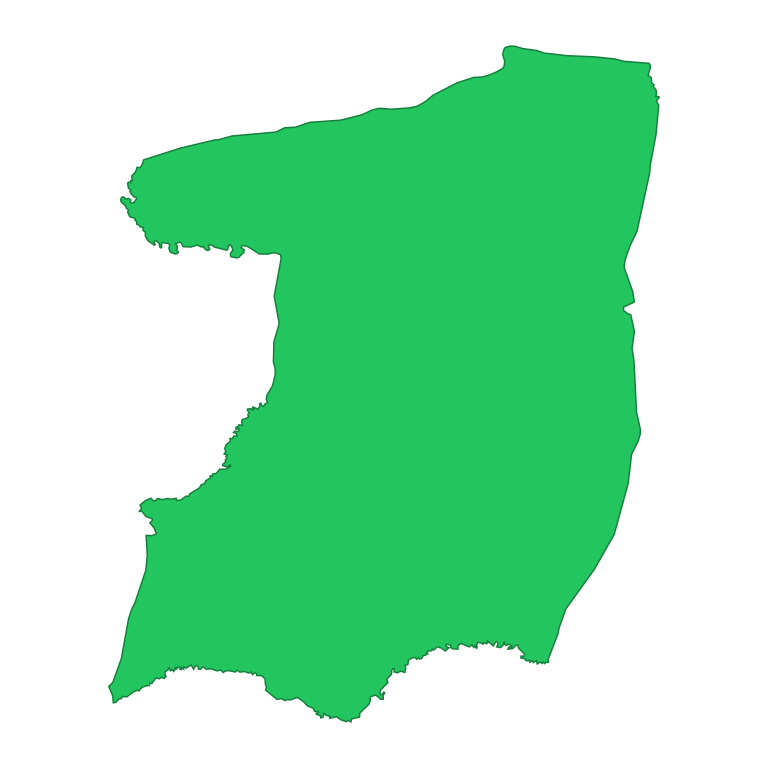 the district of Kaset Wisai, Roi Et, Thailand
{"feature_id": "78962969B16569105271651", "entity_name": "Kaset Wisai", "entity_type": "district", "adm_level": 2, "iso_a3": "THA", "parent_name": "Thailand", "parent_adm1": "Roi Et", "projection": "orthographic", "projection_center": [103.508, 15.604], "detail": "fine", "context": "isolated", "style": "filled", "palette": "green", "viewbox_px": 768, "rotation_deg": 0, "n_neighbors": 0, "source": "geoboundaries", "source_scale": "gbopen_adm2", "svg_char_len": 6098}
<svg xmlns="http://www.w3.org/2000/svg" viewBox="0 0 768 768"><path d="M143.8,159.8L141.4,166.1L139.9,167.6L137.0,167.4L135.5,172.0L131.7,176.0L132.4,180.5L130.7,180.6L130.6,182.7L129.0,182.1L127.6,183.1L128.4,187.9L130.7,190.3L129.9,191.9L133.7,196.8L135.9,197.3L136.6,198.5L134.3,202.2L131.9,203.2L130.2,202.3L130.9,199.9L128.3,198.4L126.0,199.2L123.4,196.8L121.5,197.4L120.5,200.0L121.4,202.2L125.3,205.5L126.1,207.8L128.6,210.2L127.6,212.0L129.8,216.8L135.2,218.3L135.0,220.3L136.7,221.4L136.7,224.2L138.7,224.9L140.1,226.8L143.0,227.3L143.1,230.5L145.4,232.2L145.3,235.9L147.9,240.7L154.4,245.2L155.1,244.3L153.9,241.6L155.6,240.5L159.2,243.3L159.8,247.1L160.9,247.9L161.8,246.9L161.3,244.4L162.4,242.5L168.3,243.5L169.7,244.7L168.9,248.2L169.9,251.3L171.3,252.7L175.2,253.9L177.6,253.5L178.4,251.9L176.3,250.2L177.3,248.6L177.2,245.8L175.6,243.6L179.9,242.1L181.2,242.6L183.0,246.7L190.9,247.0L197.3,245.1L201.1,246.9L203.2,246.8L205.9,249.9L208.2,250.5L209.7,249.3L208.5,246.0L209.4,244.8L211.9,245.1L214.3,247.0L226.2,250.1L227.6,249.8L228.5,245.4L230.0,244.8L231.9,246.8L232.9,250.0L230.6,253.3L230.4,255.8L231.2,256.8L236.9,257.9L238.7,257.4L243.9,252.3L244.1,249.7L241.2,247.7L241.4,246.3L242.7,245.5L247.5,246.5L259.5,254.0L267.8,254.1L274.4,252.6L280.6,254.7L281.1,258.8L274.2,296.2L279.2,323.6L273.9,341.8L273.4,362.0L275.2,368.9L275.2,374.5L272.6,385.6L266.7,395.7L266.3,399.2L267.5,402.9L265.0,403.9L263.6,406.5L261.5,405.1L260.8,403.2L259.6,403.6L260.2,405.6L257.9,409.2L253.0,406.9L252.6,408.2L254.1,408.3L253.1,410.2L250.4,408.7L247.5,409.1L247.3,410.2L249.3,412.9L247.8,414.5L248.6,416.7L246.4,418.5L242.3,419.5L241.6,421.8L242.4,425.2L238.6,424.9L238.1,426.3L235.9,427.5L236.0,429.3L238.9,428.4L238.8,430.7L236.8,431.6L234.7,431.2L233.5,432.6L236.5,433.4L237.0,436.0L233.6,436.1L232.6,438.6L230.0,438.4L230.2,441.4L226.3,444.7L224.7,448.3L225.8,451.4L224.1,454.0L227.3,455.0L225.9,456.5L226.8,458.2L225.3,459.9L225.6,462.0L222.9,464.2L222.8,465.6L227.0,466.8L230.1,465.0L230.9,466.2L225.7,469.2L219.6,469.3L216.4,473.4L212.5,474.1L212.2,476.3L210.2,475.8L210.1,478.0L205.8,480.7L204.7,483.5L201.3,484.7L199.1,488.2L189.9,493.7L188.6,496.4L186.0,496.2L180.5,500.2L176.6,500.4L176.2,498.3L171.0,499.3L167.8,498.4L162.4,499.6L157.5,498.5L155.0,501.1L152.9,500.4L151.0,498.2L145.1,500.8L140.1,505.0L141.6,508.3L139.4,511.4L141.8,511.2L145.9,516.4L152.2,518.8L152.3,520.5L149.9,522.9L154.4,528.5L156.5,534.0L151.9,535.6L146.1,535.4L147.3,554.9L145.8,570.3L135.1,602.3L131.7,609.3L128.6,618.6L121.4,658.5L112.7,682.6L108.8,686.4L112.8,696.0L113.3,702.8L115.8,702.4L119.0,698.8L121.4,698.6L122.3,696.5L126.8,696.9L133.5,691.8L137.5,690.2L139.0,690.9L142.0,687.4L146.4,685.7L149.3,685.6L149.9,683.0L151.9,683.5L155.8,678.0L159.0,678.8L161.4,677.4L164.3,678.4L166.0,676.4L164.9,674.1L165.1,671.8L168.3,669.8L168.5,667.7L169.5,667.9L170.4,670.8L172.7,669.8L173.5,671.4L175.2,669.3L177.4,668.7L175.0,668.3L175.2,667.4L178.0,667.7L179.0,666.5L180.5,667.8L179.8,669.2L181.3,669.6L181.8,667.8L183.7,669.2L183.6,667.0L186.3,668.1L191.1,665.0L193.7,669.2L195.3,665.9L196.4,665.6L197.8,666.2L198.7,669.2L200.6,669.2L203.1,666.8L206.1,669.2L211.0,668.7L216.7,670.8L221.0,670.1L223.2,672.5L225.4,671.0L228.8,670.6L235.2,672.0L237.3,670.2L239.9,672.1L244.5,671.5L249.0,673.1L251.1,672.0L252.5,674.6L254.8,672.8L256.6,673.6L256.8,675.5L261.8,675.7L265.1,678.9L265.3,683.9L266.5,687.1L265.6,690.1L277.0,699.4L281.3,698.6L284.8,700.6L286.6,699.6L290.5,699.9L297.5,697.4L303.4,701.5L307.6,706.0L313.2,708.2L314.6,711.4L318.0,711.4L318.5,712.6L316.4,713.1L316.3,714.3L320.4,715.7L320.8,717.8L322.8,717.4L323.7,713.4L326.2,715.3L330.0,716.4L329.6,718.3L336.5,716.7L341.0,719.9L346.1,721.5L348.6,720.5L350.9,721.9L351.5,719.0L359.5,717.0L359.8,713.1L368.9,704.2L370.3,700.3L370.2,696.9L375.7,695.0L380.9,699.4L383.3,699.2L383.2,695.9L384.6,692.6L383.7,692.2L382.1,694.5L380.7,694.7L379.9,693.0L380.7,689.8L387.9,682.6L386.8,679.1L391.5,674.3L391.7,670.4L392.8,668.7L394.4,668.8L394.0,671.9L397.7,672.8L399.6,671.5L401.9,671.4L404.8,672.5L405.7,668.2L405.0,665.2L407.8,664.6L408.5,660.2L412.3,657.8L415.2,657.6L416.8,659.3L418.5,657.5L419.4,658.9L421.4,658.7L423.0,655.8L425.8,655.1L426.0,653.8L427.8,653.9L427.1,652.1L428.0,651.1L431.6,650.7L432.4,648.9L433.3,649.9L434.3,649.6L437.3,646.7L441.5,648.1L445.3,651.0L448.8,647.8L446.0,646.3L446.4,644.3L450.6,645.1L450.6,647.5L452.6,648.8L458.0,649.1L457.9,646.0L460.7,643.4L469.3,646.9L471.8,644.9L473.8,647.5L474.9,646.3L476.5,648.3L477.3,647.0L475.6,645.4L477.1,644.3L477.4,642.3L481.6,643.1L482.8,644.3L484.2,642.5L486.6,643.8L487.7,642.8L487.6,640.9L493.3,645.9L495.7,641.9L497.0,641.6L498.1,643.7L496.7,646.9L500.6,647.6L503.1,645.1L504.3,641.4L504.7,644.5L505.9,645.4L508.5,644.2L511.9,645.9L511.6,647.1L509.1,646.9L507.9,649.1L512.7,648.6L516.1,644.9L518.1,645.4L518.6,648.3L524.7,654.1L523.8,656.3L521.1,656.1L520.8,657.9L525.3,658.9L525.6,660.3L526.8,660.8L529.7,660.3L530.2,660.9L529.2,662.6L532.5,660.6L533.5,662.6L536.3,660.7L537.3,664.0L540.1,661.9L541.9,663.5L543.0,661.9L544.5,663.6L546.3,662.2L548.2,662.5L548.6,661.6L547.7,660.5L558.0,633.7L559.1,627.9L565.8,609.0L594.2,569.6L614.2,534.4L628.2,483.3L631.6,454.2L638.2,441.1L640.2,434.2L640.3,429.1L636.5,412.1L634.0,361.4L632.1,348.6L634.4,331.2L630.7,314.6L628.4,314.2L623.6,310.4L623.5,308.8L623.6,307.0L634.4,302.0L632.7,291.5L624.2,267.6L624.9,261.0L627.0,254.2L630.5,244.7L637.0,231.2L649.7,172.8L650.1,166.0L656.1,134.0L658.7,105.4L656.5,101.0L659.2,97.3L658.9,96.6L655.7,96.5L656.5,94.5L656.2,90.3L653.4,86.8L653.9,84.6L651.8,83.1L651.2,77.6L648.1,75.3L650.3,67.8L650.3,65.3L649.0,63.3L623.6,61.3L614.7,58.9L593.9,56.8L567.5,55.7L544.4,53.1L536.6,50.5L522.4,48.5L514.6,46.2L510.1,46.1L505.3,47.4L503.8,49.8L502.7,54.4L504.7,61.3L504.1,66.3L502.9,68.2L496.2,72.1L487.5,75.6L481.5,77.1L473.7,77.4L457.6,82.6L433.0,95.2L426.4,100.9L417.4,106.2L409.4,107.9L391.4,109.2L378.9,108.3L372.3,110.0L361.5,114.9L340.4,120.2L309.9,122.3L295.6,127.2L284.6,127.8L275.8,132.1L231.9,136.0L218.8,139.7L214.9,139.9L180.7,148.0L143.8,159.8Z" fill="#22c55e" stroke="#15803d" stroke-width="1.5"/></svg>